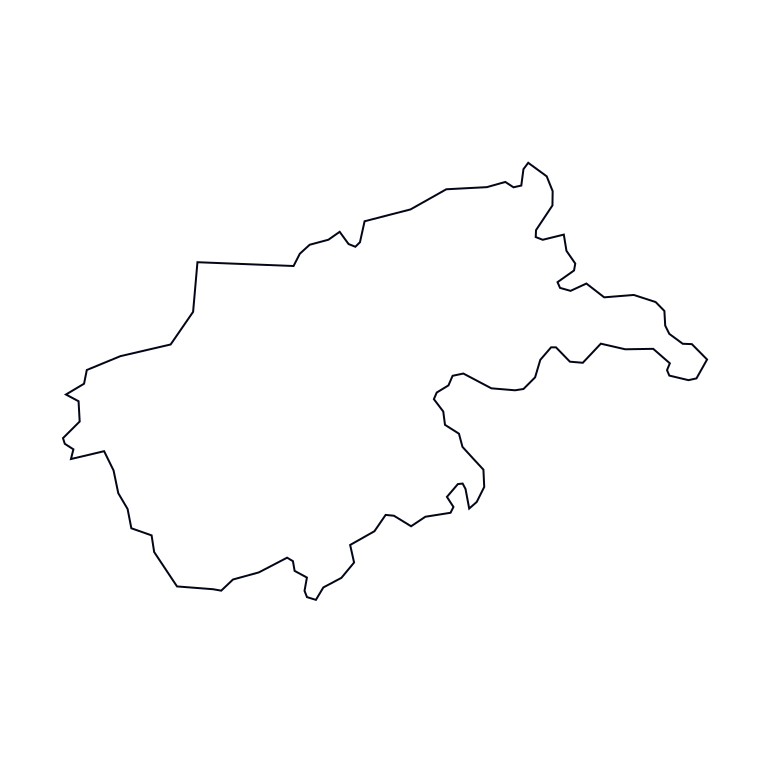 SVG path tracing the border of Hertfordshire, rotated 176°
{"feature_id": "GBR-2042", "entity_name": "Hertfordshire", "entity_type": "Administrative County", "adm_level": 1, "iso_a3": "GBR", "parent_name": "United Kingdom", "parent_adm1": "", "projection": "equal_earth", "projection_center": [-0.306, 51.83], "detail": "fine", "context": "isolated", "style": "outline", "palette": "ink", "viewbox_px": 768, "rotation_deg": 176, "n_neighbors": 0, "source": "natural_earth", "source_scale": "10m", "svg_char_len": 1632}
<svg xmlns="http://www.w3.org/2000/svg" viewBox="0 0 768 768"><g transform="rotate(176 384 384)"><path d="M561.6,518.5L466.0,508.0L458.9,519.8L454.0,523.7L448.4,528.1L429.4,531.8L417.6,538.9L409.6,526.1L403.0,522.9L398.1,527.1L392.0,547.7L364.4,552.8L345.4,556.3L308.3,573.9L290.2,573.6L267.7,573.2L248.9,577.1L241.1,571.2L233.2,572.4L229.9,588.6L224.7,594.6L207.2,579.8L202.3,564.6L203.5,550.4L221.6,526.9L222.4,520.0L215.6,516.8L194.2,520.5L192.7,504.1L184.8,490.8L186.5,484.0L203.8,473.5L201.7,467.6L191.4,463.9L175.1,470.1L158.3,455.1L128.6,455.4L107.3,446.8L99.2,437.3L99.4,422.6L95.9,414.1L83.2,403.3L74.1,402.3L60.0,385.9L71.9,367.8L80.0,366.6L98.8,372.5L100.7,378.1L97.4,384.7L113.0,400.3L140.9,401.8L164.9,409.1L184.2,391.3L197.0,393.3L209.9,408.6L214.8,408.9L226.4,397.2L232.8,380.1L245.2,369.3L253.5,368.6L253.8,368.6L277.2,372.2L304.1,388.9L315.0,387.4L319.8,378.1L332.0,371.8L335.3,365.4L326.8,352.4L326.0,339.0L312.7,329.2L310.1,315.8L300.6,303.8L290.8,291.6L291.2,274.3L299.7,259.9L307.7,253.8L310.0,273.6L312.5,279.2L317.3,279.0L329.1,267.0L323.3,256.5L326.6,250.9L352.0,248.7L366.9,240.2L383.3,251.9L391.5,253.3L403.8,237.8L429.0,225.8L426.3,208.0L440.0,193.6L458.7,185.3L467.0,173.4L475.7,176.8L477.7,183.2L474.4,196.3L486.2,203.8L487.2,213.6L492.8,217.5L522.0,204.8L548.3,199.5L560.8,189.2L568.8,191.2L604.6,196.5L625.0,232.4L626.4,249.2L646.1,257.7L648.5,277.2L656.7,293.6L659.8,316.6L667.9,336.5L701.5,331.0L698.4,340.5L706.6,346.6L708.0,352.4L690.2,367.8L689.9,388.1L702.0,395.7L683.2,405.2L679.5,418.7L644.9,430.2L594.1,438.3L569.4,469.3L561.6,518.5Z" fill="none" stroke="#020617" stroke-width="2"/></g></svg>